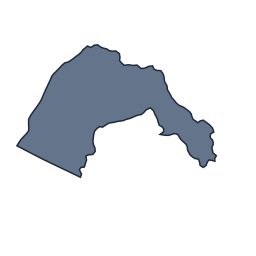 Rio Novo do Sul, Espírito Santo, Brazil, rotated 117°
{"feature_id": "56859067B31153561373586", "entity_name": "Rio Novo do Sul", "entity_type": "district", "adm_level": 2, "iso_a3": "BRA", "parent_name": "Brazil", "parent_adm1": "Espírito Santo", "projection": "mercator", "projection_center": [-40.93, -20.784], "detail": "fine", "context": "isolated", "style": "filled", "palette": "slate", "viewbox_px": 256, "rotation_deg": 117, "n_neighbors": 0, "source": "geoboundaries", "source_scale": "gbopen_adm2", "svg_char_len": 2104}
<svg xmlns="http://www.w3.org/2000/svg" viewBox="0 0 256 256"><g transform="rotate(117 128 128)"><path d="M112.6,36.7L111.5,41.1L108.8,43.2L106.9,44.7L104.4,44.5L102.2,45.5L100.4,47.2L99.2,50.4L96.1,51.8L92.7,49.7L89.8,52.5L88.5,55.6L87.9,58.0L87.5,60.5L86.9,64.6L89.0,66.9L91.6,68.4L91.1,70.9L90.8,73.8L88.9,76.2L86.8,78.0L85.5,80.8L84.8,84.2L84.3,88.4L84.6,93.2L83.5,97.1L82.0,100.2L80.9,103.1L79.3,105.1L77.7,107.6L75.8,110.5L72.8,112.3L70.1,116.4L67.5,118.2L65.3,119.8L63.4,122.0L62.0,124.9L63.7,128.6L63.7,131.6L61.5,134.3L63.8,137.7L67.1,140.3L69.0,143.2L68.5,145.7L67.8,148.4L70.0,152.0L71.5,156.4L73.9,159.9L73.1,162.7L71.8,166.1L68.6,167.3L65.7,169.4L64.9,173.8L66.7,176.9L67.6,179.7L67.2,182.7L68.0,186.2L68.3,189.1L67.7,192.9L69.6,195.7L73.1,197.6L73.4,201.4L75.8,202.3L78.5,203.6L81.4,204.0L84.9,205.3L87.8,206.8L90.9,208.2L96.1,211.0L98.7,213.9L101.8,215.2L104.4,215.9L108.1,217.1L111.2,218.0L113.4,218.8L115.7,219.3L118.1,219.3L121.3,219.0L124.2,219.0L128.3,218.8L131.1,218.8L133.4,218.6L136.0,218.5L138.8,218.3L141.4,218.1L144.0,218.1L146.7,218.4L150.4,218.9L155.6,219.7L158.0,220.1L161.4,220.5L165.3,220.5L169.4,218.5L172.0,217.0L175.2,215.3L179.4,215.9L182.7,217.0L186.7,218.1L191.4,218.7L194.3,218.9L194.5,190.2L193.5,148.1L190.3,148.4L187.1,152.5L184.4,151.9L182.6,149.2L178.6,149.9L175.3,150.4L172.1,152.8L169.7,150.8L167.5,147.3L163.7,146.6L160.8,148.4L158.6,151.1L155.8,153.2L152.7,154.4L149.6,155.5L146.2,156.3L142.6,155.5L139.8,154.0L138.7,151.0L135.1,149.0L131.9,146.9L130.6,144.8L128.7,142.4L126.5,139.8L123.8,135.8L121.1,133.5L119.4,131.5L117.7,129.8L114.8,127.5L112.0,125.0L110.0,122.3L107.2,121.0L103.7,120.1L99.9,117.3L101.1,113.0L103.6,110.2L105.2,107.9L106.8,105.8L109.5,103.4L111.4,101.4L111.4,98.7L112.5,95.9L115.2,94.6L119.2,96.6L117.7,91.8L116.1,88.4L113.8,86.1L111.8,83.9L111.2,81.0L112.6,78.4L114.2,75.9L115.3,71.9L116.1,69.1L117.5,66.9L120.9,64.7L123.8,60.4L124.5,57.5L124.8,54.5L123.8,51.2L125.6,49.0L128.5,46.8L129.0,43.0L125.8,41.4L122.4,41.9L119.7,41.3L118.8,38.7L118.1,35.5L116.0,36.9L112.6,36.7Z" fill="#64748b" stroke="#1e293b" stroke-width="1.5"/></g></svg>